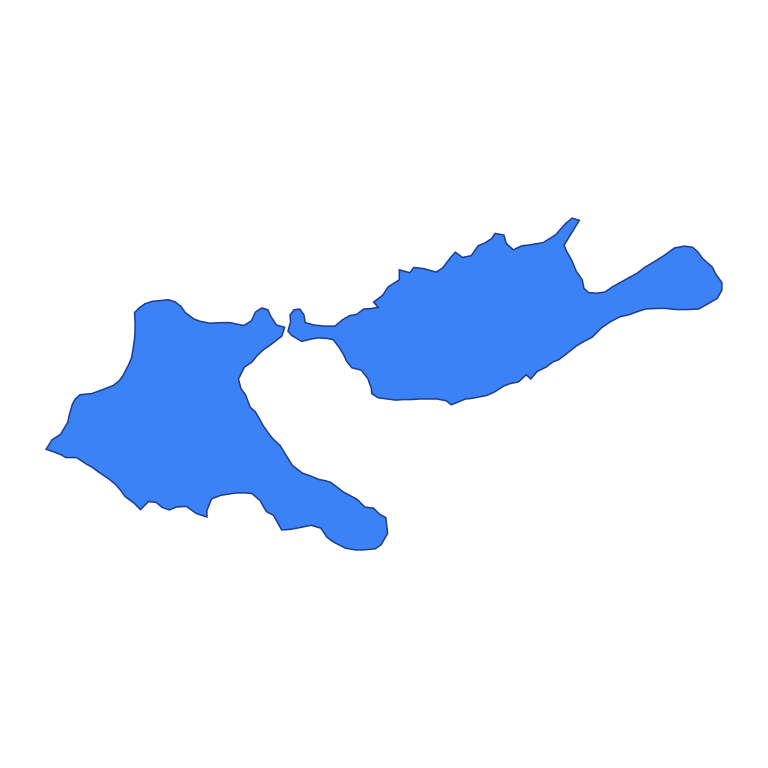 the district of Aigialousa, Cyprus
{"feature_id": "46923920B6502915475397", "entity_name": "Aigialousa", "entity_type": "district", "adm_level": 2, "iso_a3": "CYP", "parent_name": "Cyprus", "parent_adm1": "", "projection": "orthographic", "projection_center": [34.239, 35.544], "detail": "fine", "context": "isolated", "style": "filled", "palette": "blue", "viewbox_px": 768, "rotation_deg": 0, "n_neighbors": 0, "source": "geoboundaries", "source_scale": "gbopen_adm2", "svg_char_len": 3069}
<svg xmlns="http://www.w3.org/2000/svg" viewBox="0 0 768 768"><path d="M284.7,327.3L276.5,325.0L270.7,316.2L267.8,309.7L261.9,307.9L255.5,312.0L251.4,320.8L243.8,325.5L229.8,322.6L222.2,322.6L209.9,323.2L200.5,321.4L194.1,319.1L185.3,312.6L181.2,306.7L175.4,302.0L168.4,299.7L157.9,300.8L152.0,301.4L145.0,303.8L139.2,307.9L134.5,312.6L135.1,323.1L135.0,332.5L134.5,339.6L132.7,351.3L131.5,357.8L128.6,364.8L122.7,376.0L119.2,380.7L113.4,385.4L102.9,389.5L91.7,393.6L80.0,394.7L75.4,398.8L72.4,404.1L69.5,414.1L67.7,422.3L60.7,434.1L51.9,439.9L46.1,449.3L54.8,452.3L60.7,454.6L66.0,457.6L76.5,457.6L86.4,464.1L91.7,467.0L98.1,471.7L108.6,478.8L115.1,484.0L120.3,489.9L125.0,496.4L134.3,503.4L140.5,509.6L148.4,501.7L156.0,502.3L162.4,507.6L169.4,509.9L176.5,507.0L186.4,506.4L196.3,513.5L206.9,517.0L206.9,510.5L211.6,498.8L220.9,495.3L236.1,492.9L244.3,492.9L251.9,493.5L260.1,500.6L263.0,505.9L266.5,511.7L273.5,515.3L281.7,530.0L289.9,529.4L296.9,528.2L311.0,525.3L320.9,528.2L326.8,537.0L332.0,541.1L335.6,543.1L339.6,545.2L345.5,548.2L355.4,549.9L363.6,549.9L375.3,548.8L381.2,544.6L387.6,533.5L386.7,525.3L385.8,517.6L379.4,514.1L373.6,508.2L364.8,507.0L357.2,499.4L343.1,491.8L330.9,482.4L325.0,480.6L318.6,479.4L310.4,475.9L302.2,473.0L292.3,465.3L285.8,454.8L280.0,445.4L272.4,438.3L268.3,433.0L263.0,425.4L259.5,418.9L255.4,411.9L250.2,407.2L245.5,394.8L240.8,388.4L238.5,379.0L244.4,367.2L252.0,362.0L257.2,355.5L263.6,349.6L268.9,346.1L274.2,342.0L281.8,336.1L284.7,327.3ZM530.8,379.0L537.3,371.3L546.0,367.2L553.0,361.9L558.9,359.6L568.2,352.5L577.0,345.5L585.2,340.8L592.2,337.2L601.5,327.8L610.9,321.4L620.2,316.7L628.4,314.9L634.0,312.9L636.6,311.9L645.4,309.0L658.2,308.4L665.2,308.4L676.9,309.6L686.3,309.6L698.6,309.0L707.3,304.2L717.3,298.4L721.9,290.1L721.9,282.5L715.5,273.7L712.5,267.3L702.6,258.5L697.9,252.0L692.7,247.3L684.5,246.1L674.5,247.9L664.0,255.6L651.8,263.2L644.7,267.3L637.2,273.2L629.6,277.3L612.6,286.7L605.0,292.0L596.3,293.2L588.7,292.6L584.0,288.5L582.2,279.7L576.4,271.5L571.7,260.3L566.4,250.9L564.1,245.1L572.8,231.0L579.3,220.4L572.2,218.1L565.8,223.3L560.0,229.8L555.9,234.5L550.6,238.0L543.0,242.7L535.4,243.9L528.4,245.1L522.0,245.7L513.2,249.8L506.2,243.3L503.9,235.1L495.1,233.4L491.6,238.6L485.2,242.8L478.2,245.7L471.2,255.7L462.4,257.4L455.4,252.2L450.7,257.4L442.5,268.0L436.1,272.1L423.8,268.6L413.9,267.4L409.8,272.7L399.3,269.8L399.3,279.8L388.2,286.8L382.9,295.0L373.6,302.1L378.2,307.4L371.2,308.5L363.6,309.1L356.6,314.4L349.6,315.6L342.6,319.7L335.0,326.1L324.5,326.1L313.9,325.0L305.2,322.6L304.0,315.0L299.9,309.1L294.1,309.7L290.0,315.0L290.5,322.0L288.0,331.2L291.7,335.5L301.7,341.4L311.0,339.1L318.0,337.9L327.4,338.5L333.2,339.7L339.1,347.3L343.7,354.9L346.7,361.4L351.9,367.8L361.3,370.2L367.7,378.4L371.2,387.8L371.8,393.7L378.2,397.8L395.8,400.1L403.4,399.6L411.0,399.6L419.2,399.0L430.9,399.0L436.7,399.0L446.1,400.7L451.3,404.8L465.4,399.0L471.8,398.4L487.0,395.4L494.6,391.9L503.9,386.0L509.8,383.7L518.6,381.9L526.2,374.8L530.8,379.0Z" fill="#3b82f6" stroke="#1e3a8a" stroke-width="1.5"/></svg>